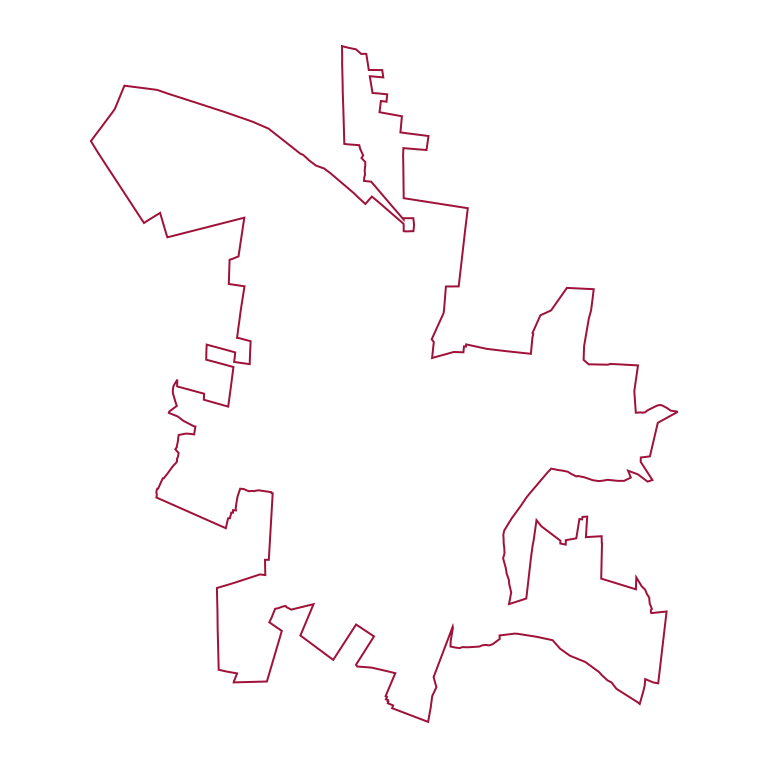 outline of Seyé, Yucatán, Mexico
{"feature_id": "50627088B84990602370402", "entity_name": "Seyé", "entity_type": "district", "adm_level": 2, "iso_a3": "MEX", "parent_name": "Mexico", "parent_adm1": "Yucatán", "projection": "albers", "projection_center": [-89.375, 20.848], "detail": "fine", "context": "isolated", "style": "outline", "palette": "rose", "viewbox_px": 768, "rotation_deg": 0, "n_neighbors": 0, "source": "geoboundaries", "source_scale": "gbopen_adm2", "svg_char_len": 5641}
<svg xmlns="http://www.w3.org/2000/svg" viewBox="0 0 768 768"><path d="M467.8,208.2L403.7,198.2L403.3,165.5L403.1,155.3L403.4,148.1L406.6,148.4L415.1,149.1L426.5,150.0L428.5,136.0L421.4,135.1L415.0,134.3L405.4,133.1L402.2,132.6L400.4,132.4L401.9,116.3L396.2,115.2L389.9,114.1L379.5,112.2L380.1,107.5L380.9,101.0L386.5,101.7L387.2,94.3L385.9,94.2L379.2,93.5L372.5,93.0L369.8,76.2L383.3,77.4L382.6,72.6L382.2,70.1L375.2,70.0L368.8,70.0L366.3,53.9L364.3,53.8L361.3,54.0L357.4,50.6L356.0,49.3L353.3,48.8L349.1,47.9L345.3,47.0L342.0,46.1L342.2,58.7L342.1,62.5L342.7,86.3L342.7,90.6L343.2,105.0L343.8,125.2L344.3,143.9L347.6,144.3L359.3,145.2L360.0,148.4L362.2,153.4L363.2,155.3L361.5,158.0L365.3,162.1L365.3,164.1L365.3,165.0L364.7,170.4L365.0,174.9L364.3,177.0L364.0,180.9L371.2,181.7L392.7,206.9L393.5,207.8L403.6,219.5L403.6,218.2L413.3,218.2L414.1,224.9L413.4,231.2L411.7,231.2L406.6,231.4L403.7,231.2L403.7,225.3L403.5,223.7L394.0,215.5L378.9,202.4L371.9,196.6L369.4,199.3L365.4,204.0L358.3,197.5L354.0,193.3L330.4,173.2L324.2,168.5L318.5,166.5L315.7,165.4L309.3,160.5L308.7,160.1L308.3,159.6L303.2,154.9L300.2,153.6L291.0,146.3L268.5,128.6L252.8,121.8L225.6,112.3L200.7,104.2L168.7,93.9L157.1,89.9L146.5,88.5L124.4,85.7L114.9,108.8L112.4,112.4L104.0,123.6L102.2,126.1L97.9,131.7L90.9,141.1L97.2,151.4L109.0,169.6L112.4,174.7L141.4,219.1L141.8,219.8L142.3,220.4L144.0,223.0L146.7,221.2L147.6,220.6L160.1,212.9L163.0,222.7L163.1,223.2L165.9,232.6L166.0,233.1L167.4,237.3L244.3,217.7L238.5,256.4L231.3,259.3L229.6,259.7L228.8,284.0L244.5,286.3L241.6,304.7L240.8,309.9L240.2,314.4L239.6,318.9L239.0,323.4L238.2,328.8L237.8,332.4L237.1,337.4L237.1,337.9L237.8,337.8L242.0,338.9L245.6,339.9L246.4,340.1L250.6,341.2L250.4,346.7L250.1,352.5L249.9,358.2L249.7,364.1L248.5,364.0L245.8,363.6L239.3,362.7L234.1,361.9L234.8,356.7L235.2,352.4L229.1,350.7L222.9,349.0L216.7,347.3L211.7,346.0L206.7,344.6L206.4,350.6L206.2,359.7L216.5,362.4L233.4,367.0L233.4,367.3L231.2,384.4L228.2,406.6L214.3,402.7L203.8,399.7L204.1,393.7L203.3,393.5L177.4,386.5L177.1,386.2L177.3,379.6L173.8,385.5L173.1,387.7L172.8,391.7L173.0,393.7L174.1,397.3L175.4,401.8L176.8,405.9L169.3,411.5L168.8,412.9L177.6,416.4L183.5,420.9L193.7,426.2L195.4,426.5L194.1,434.4L191.4,434.0L188.0,433.7L185.8,433.6L178.7,435.0L178.3,437.3L178.0,440.4L177.5,443.3L176.8,446.2L176.9,447.1L175.3,449.2L177.0,451.3L178.6,452.8L178.0,456.7L177.0,458.9L177.0,461.5L176.7,462.0L175.3,463.7L174.3,464.6L172.4,466.8L167.5,473.6L164.8,476.9L163.7,478.4L162.7,478.4L158.1,488.7L157.3,488.7L156.6,490.3L156.4,492.7L156.8,494.4L156.6,496.9L156.4,497.5L184.0,509.7L194.4,514.3L204.3,518.7L225.8,528.2L228.0,518.7L228.1,518.3L230.0,518.2L230.3,516.4L231.2,513.5L231.2,512.7L233.0,512.7L233.0,510.2L235.9,510.4L235.6,509.1L236.4,503.1L237.5,496.7L240.2,488.7L243.6,489.0L248.7,491.2L252.8,490.9L254.3,491.2L255.7,490.7L258.9,490.3L271.4,492.2L271.5,493.1L272.7,493.3L268.8,559.8L265.0,559.8L265.3,575.1L260.0,574.4L249.7,577.8L230.2,584.1L216.9,588.0L217.5,613.6L217.6,626.4L218.7,669.8L227.4,671.7L237.1,673.4L233.8,681.7L233.7,682.4L266.9,681.5L280.1,636.7L281.8,630.9L269.3,622.3L271.5,617.9L274.7,609.9L275.1,608.8L278.2,608.2L282.6,606.6L285.0,606.0L285.6,605.9L286.4,607.1L291.2,609.6L313.5,604.2L306.4,621.2L300.4,635.5L333.2,659.9L356.1,624.5L374.0,636.4L356.0,664.8L357.2,666.5L371.6,667.6L379.4,669.4L388.9,671.6L395.3,673.2L387.0,692.8L385.6,696.2L387.0,696.9L385.9,699.3L387.9,700.0L387.6,701.2L388.3,701.5L387.8,703.0L388.2,703.2L388.1,703.4L390.1,704.2L393.1,705.4L392.5,707.2L392.1,708.2L428.1,721.9L430.7,707.6L432.2,696.1L436.4,687.2L433.6,677.1L452.7,626.7L452.9,628.0L450.7,640.8L450.5,646.5L455.6,647.6L459.8,648.1L462.2,647.1L467.2,647.3L475.8,646.8L479.6,646.5L482.0,645.4L485.4,644.9L489.0,645.4L492.3,644.4L499.7,639.0L499.6,635.4L501.7,635.2L514.7,633.6L517.7,633.8L536.7,636.8L552.6,640.2L560.2,648.8L569.9,655.7L585.3,662.0L597.5,670.9L598.4,671.4L602.0,675.3L607.4,680.3L611.6,682.5L616.4,688.8L637.7,702.3L639.7,704.0L642.3,694.8L643.4,691.0L644.7,685.5L645.2,679.1L653.4,682.5L658.2,683.3L666.6,611.5L651.3,613.1L650.8,611.6L650.9,610.0L651.9,608.9L649.7,603.5L649.2,597.6L646.9,594.0L645.1,589.6L641.7,586.3L636.3,577.4L635.9,589.3L601.2,578.6L602.0,543.4L601.8,543.3L601.6,536.2L586.3,537.1L585.9,537.2L587.2,516.6L582.5,516.9L582.1,519.4L579.4,519.0L576.3,538.3L565.8,540.2L565.7,544.6L560.3,543.5L560.4,540.7L541.5,526.4L536.5,520.2L533.7,540.0L532.6,545.6L531.0,557.5L526.3,598.5L509.0,604.1L511.2,592.5L509.3,584.4L508.8,579.7L506.7,573.7L505.7,567.7L503.1,558.3L504.4,553.8L504.5,553.0L504.3,548.3L503.7,543.5L503.6,539.2L503.3,534.8L504.2,530.6L508.0,524.3L511.8,518.2L521.0,505.6L526.5,497.4L530.0,493.1L547.5,472.5L551.2,468.6L558.5,470.1L561.8,470.5L567.7,471.7L570.4,473.4L571.6,474.1L576.3,476.4L578.1,476.0L578.9,476.2L584.1,477.2L592.7,480.2L598.9,481.1L602.6,480.7L607.7,479.8L618.2,480.9L624.0,480.9L630.8,477.6L628.1,470.7L637.8,474.3L647.6,481.6L652.4,480.0L640.7,461.9L640.8,457.5L649.9,456.4L657.8,422.8L677.1,412.2L677.0,411.6L670.6,410.6L667.0,408.0L661.7,405.2L659.5,405.0L656.9,405.7L647.4,410.4L645.1,412.3L642.3,412.7L640.9,412.4L635.8,412.7L634.3,391.1L638.0,365.4L610.5,363.9L607.8,364.7L588.7,364.3L583.6,359.9L584.1,346.1L588.8,318.7L591.1,310.2L592.8,297.0L593.7,289.2L566.9,287.9L551.1,310.4L540.4,315.3L532.5,333.0L533.3,333.9L532.4,337.6L530.9,353.8L507.5,351.3L497.9,350.2L486.5,348.8L479.1,347.2L466.2,344.4L465.9,346.6L464.0,346.4L463.4,352.3L454.2,352.0L453.6,352.0L432.1,358.0L433.8,342.0L431.7,339.3L443.6,313.1L444.1,309.2L445.9,286.5L458.7,286.4L464.1,239.3L465.1,230.5L467.8,208.2Z" fill="none" stroke="#9f1239" stroke-width="2"/></svg>